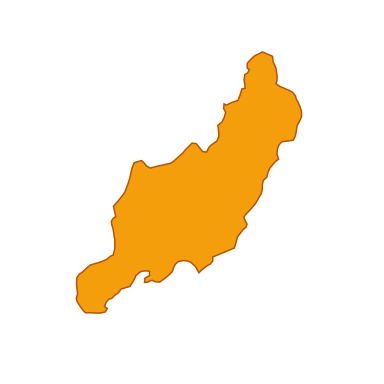 the district of Quatipuru, Pará, Brazil, rotated 210°
{"feature_id": "56859067B99309548374267", "entity_name": "Quatipuru", "entity_type": "district", "adm_level": 2, "iso_a3": "BRA", "parent_name": "Brazil", "parent_adm1": "Pará", "projection": "natural_earth1", "projection_center": [-47.01, -0.859], "detail": "fine", "context": "isolated", "style": "filled", "palette": "amber", "viewbox_px": 384, "rotation_deg": 210, "n_neighbors": 0, "source": "geoboundaries", "source_scale": "gbopen_adm2", "svg_char_len": 2306}
<svg xmlns="http://www.w3.org/2000/svg" viewBox="0 0 384 384"><g transform="rotate(210 192 192)"><path d="M201.1,348.5L202.8,345.7L206.1,340.9L207.6,335.5L208.5,331.1L206.1,326.9L203.5,326.7L203.3,323.1L205.0,320.1L202.9,315.0L199.8,311.3L197.9,308.4L200.3,306.2L198.9,300.3L198.0,294.3L202.5,289.2L205.7,284.4L208.3,284.4L206.5,280.2L202.8,277.9L201.4,273.0L201.1,267.7L202.9,262.6L200.3,259.2L196.6,253.8L195.9,248.5L198.9,242.2L199.7,238.9L199.3,233.9L202.9,232.3L212.6,236.0L216.4,234.3L218.6,226.3L219.5,221.0L221.6,214.7L223.4,209.2L224.9,206.2L237.2,194.9L240.0,191.9L244.7,191.8L248.3,193.4L251.5,193.9L254.1,191.3L256.7,188.4L255.9,182.6L252.7,172.5L251.5,166.8L250.8,163.0L250.1,158.2L250.7,152.7L251.2,149.2L252.2,143.8L252.8,140.3L245.7,132.5L247.1,129.7L247.2,126.2L245.2,123.7L242.3,121.0L239.8,118.0L237.1,114.5L234.8,111.9L230.5,104.3L228.8,98.1L230.8,95.1L231.9,91.5L234.6,87.7L237.5,84.2L240.3,81.4L243.8,77.6L245.1,73.6L246.1,70.4L247.1,67.2L248.5,64.6L248.9,60.3L247.1,56.6L245.4,53.6L242.8,50.2L240.3,46.8L239.0,42.0L236.9,39.8L234.1,38.3L229.7,36.1L226.3,34.7L223.6,34.2L221.1,35.8L218.2,37.3L214.4,39.3L210.4,41.6L207.1,44.8L207.1,48.8L210.5,49.0L211.2,54.1L210.3,57.8L208.3,59.8L207.3,63.9L205.4,67.7L204.9,72.5L201.0,76.6L198.5,79.2L198.4,83.5L198.2,87.9L198.8,91.2L197.3,96.2L195.3,98.8L192.1,100.8L189.2,102.1L187.0,98.4L189.7,93.8L187.9,89.9L185.4,91.7L182.6,95.6L178.8,95.9L175.0,97.8L173.0,102.1L171.5,105.6L170.1,109.9L169.3,113.0L170.1,117.4L170.3,121.2L169.1,125.0L165.3,128.2L161.2,130.2L157.5,130.5L154.6,129.8L152.1,129.3L149.2,127.7L145.7,125.5L144.5,129.7L143.2,133.1L141.9,136.1L140.1,138.8L139.5,142.9L141.6,146.0L127.3,164.7L130.1,176.1L129.0,184.8L127.6,188.6L128.3,191.7L131.4,193.7L134.6,196.1L134.2,199.7L132.8,205.3L131.3,213.0L131.2,218.8L131.2,225.3L132.6,229.6L134.6,233.3L136.1,237.7L134.6,242.4L136.0,247.1L136.5,251.4L135.2,259.7L133.4,263.7L137.5,267.4L139.8,272.9L140.2,276.7L139.2,280.6L135.7,283.1L130.1,287.6L130.6,292.5L132.0,296.6L134.1,301.7L134.4,308.9L134.9,312.3L137.3,316.3L140.7,319.5L144.6,322.5L148.2,324.6L150.5,327.0L154.6,328.6L158.4,328.6L165.2,327.8L168.8,327.3L173.3,327.9L174.2,330.8L175.9,334.5L178.2,337.4L181.3,341.4L186.7,345.2L190.2,349.8L197.8,348.9L201.1,348.5Z" fill="#f59e0b" stroke="#b45309" stroke-width="1.5"/></g></svg>